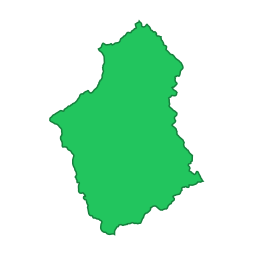 Sihuas, Áncash, Peru, rotated 184°
{"feature_id": "86281439B22456830614745", "entity_name": "Sihuas", "entity_type": "district", "adm_level": 2, "iso_a3": "PER", "parent_name": "Peru", "parent_adm1": "Áncash", "projection": "robinson", "projection_center": [-77.577, -8.497], "detail": "fine", "context": "isolated", "style": "filled", "palette": "green", "viewbox_px": 256, "rotation_deg": 184, "n_neighbors": 0, "source": "geoboundaries", "source_scale": "gbopen_adm2", "svg_char_len": 5767}
<svg xmlns="http://www.w3.org/2000/svg" viewBox="0 0 256 256"><g transform="rotate(184 128 128)"><path d="M77.8,193.7L79.5,196.6L80.3,197.3L80.9,197.6L81.9,198.7L83.4,199.5L85.1,200.6L86.2,201.7L86.9,202.7L88.6,204.2L90.3,204.4L91.0,204.7L93.4,207.1L95.6,208.8L95.4,209.7L95.2,211.1L95.3,212.0L96.1,212.7L97.3,213.0L98.5,213.7L98.4,214.7L98.5,215.1L100.0,217.5L100.7,217.9L101.4,220.2L101.4,221.3L102.5,221.4L103.7,221.9L105.2,221.7L105.7,222.2L106.4,223.1L106.1,223.8L106.5,224.7L107.5,225.7L108.2,225.8L109.3,225.6L110.2,226.3L110.7,226.9L111.5,227.0L111.9,227.2L112.9,229.3L113.9,230.6L115.0,231.4L116.2,232.7L116.4,232.7L116.7,232.4L117.1,231.9L117.4,231.1L118.3,230.3L119.5,229.8L121.1,230.2L121.5,230.9L121.7,232.6L122.2,233.5L122.5,233.9L123.7,234.7L124.3,235.4L124.5,234.5L125.0,234.0L125.9,233.8L126.8,232.9L127.9,232.2L127.6,230.8L126.7,228.7L126.7,228.4L128.6,227.3L129.1,226.4L131.0,225.0L131.8,223.4L133.1,223.2L134.3,223.4L135.4,223.1L137.2,220.1L137.5,219.8L138.3,219.5L139.0,218.9L139.2,218.3L139.9,217.8L141.5,216.4L142.1,214.0L142.8,213.0L143.9,212.4L146.7,211.8L148.1,210.5L149.6,209.8L150.5,210.8L150.8,210.9L152.1,210.0L155.7,209.4L157.3,210.1L158.2,210.7L158.8,210.8L159.2,210.4L159.9,208.7L160.3,206.8L161.6,205.6L163.0,204.8L162.7,204.2L161.9,203.1L160.3,202.2L159.1,201.2L157.3,198.5L156.8,197.6L156.1,191.6L156.2,190.9L157.2,188.8L157.3,188.4L157.1,187.7L157.5,186.5L157.2,185.6L157.1,184.3L156.6,183.7L156.4,182.8L157.5,178.9L157.3,176.4L158.1,174.3L159.2,173.5L159.4,172.3L159.9,171.8L160.2,170.8L160.0,170.1L160.8,169.0L161.3,167.3L161.6,166.6L162.4,165.5L164.2,163.8L165.5,161.8L166.7,160.6L167.7,160.3L168.4,160.5L169.6,161.4L170.1,162.4L170.7,162.5L171.9,161.6L172.8,161.3L174.3,160.2L174.8,159.2L175.2,158.9L176.1,158.9L177.5,158.4L178.3,157.3L178.4,156.3L179.1,154.5L179.7,153.9L181.0,151.4L182.9,149.3L184.8,148.4L185.7,147.3L186.6,146.9L187.1,146.1L187.9,145.7L188.8,145.7L189.2,145.4L190.3,144.0L192.6,142.3L192.9,141.8L193.0,140.9L193.4,140.4L194.1,140.2L195.2,140.6L196.5,140.6L197.2,140.2L198.4,139.2L201.3,137.2L202.1,136.4L203.4,135.8L204.0,135.2L205.0,133.7L206.2,132.7L206.5,132.1L206.4,131.6L206.5,130.3L205.7,129.3L202.5,127.9L201.5,127.2L199.2,126.8L198.5,126.4L197.4,125.5L196.5,124.4L194.8,122.9L194.2,122.1L194.0,121.4L193.9,119.9L193.4,117.7L193.7,116.1L194.6,114.4L194.5,112.6L194.3,112.0L192.8,109.4L192.4,107.6L192.4,105.9L192.2,105.1L191.7,104.5L189.7,104.8L188.1,104.6L187.5,104.3L186.9,103.1L186.2,102.3L185.8,102.0L184.2,101.4L183.4,101.0L183.1,100.6L182.3,99.2L180.5,97.6L180.1,96.8L180.1,96.2L180.6,94.0L180.9,92.3L180.6,88.5L180.0,86.8L179.3,85.4L178.6,84.5L177.8,82.1L176.8,80.8L176.5,80.0L176.0,77.8L176.5,76.6L177.1,75.8L177.2,75.4L176.4,74.6L175.8,73.0L175.2,72.4L175.1,70.7L174.9,70.1L174.5,70.0L173.0,70.2L172.7,69.7L172.7,69.0L173.1,68.0L173.3,67.1L173.3,65.8L172.9,63.0L172.9,61.7L172.5,60.8L171.8,60.0L171.0,59.7L169.9,59.7L168.6,60.2L167.8,59.7L165.9,57.7L165.7,57.0L166.0,56.6L166.9,56.8L167.4,56.3L167.5,55.6L167.4,54.8L166.3,53.6L165.4,53.7L164.9,53.4L164.4,52.5L163.9,50.6L163.0,48.8L162.4,48.2L162.8,45.8L162.4,44.9L161.1,39.8L160.2,38.5L159.3,38.0L158.2,38.0L157.6,37.8L157.1,37.3L156.7,36.3L156.3,35.9L155.8,35.8L154.4,36.0L152.9,35.2L151.5,35.1L150.5,34.9L149.7,34.2L148.1,33.5L147.9,33.2L147.5,32.6L147.5,32.3L147.7,31.2L148.1,30.3L148.2,29.0L148.3,27.3L148.2,26.1L147.7,24.8L146.8,23.6L145.3,22.6L144.5,22.4L143.1,22.4L142.6,22.1L141.5,21.1L140.2,20.7L138.8,20.6L137.3,21.0L135.4,21.4L134.8,21.3L134.0,20.9L134.2,23.8L133.9,25.2L132.7,27.4L132.4,28.3L131.8,28.7L131.1,28.8L130.6,29.5L130.6,30.2L130.2,30.5L129.2,31.0L128.1,31.2L126.7,30.6L126.1,30.6L124.4,31.3L123.5,31.4L122.8,31.8L122.1,31.8L122.0,32.3L121.6,32.5L119.2,32.8L117.3,33.9L116.1,33.7L115.2,33.3L112.8,33.5L111.6,33.2L110.3,33.7L109.0,33.9L108.6,34.3L107.1,38.9L106.3,39.6L106.3,40.5L105.9,41.5L105.9,42.1L105.1,43.4L104.5,44.1L104.1,44.3L103.0,44.6L101.8,45.7L100.3,47.3L99.9,48.3L99.9,50.1L99.0,50.3L98.2,51.3L97.6,51.7L95.8,52.1L94.6,51.9L91.4,49.4L89.9,48.5L89.4,48.6L88.0,48.5L87.3,49.1L86.4,49.4L85.7,49.9L84.2,49.9L83.3,50.7L82.4,53.5L80.6,55.3L80.1,55.3L79.6,55.8L79.2,57.3L77.5,58.8L76.9,59.5L76.9,60.8L78.0,62.0L78.3,62.6L78.3,63.0L76.8,64.0L76.0,64.2L75.3,64.7L72.4,65.5L71.9,65.8L71.5,66.5L71.3,66.6L70.7,68.8L69.8,69.7L70.3,71.3L69.9,72.1L69.3,72.6L68.7,72.9L67.6,72.9L67.3,73.3L66.2,73.6L65.9,73.6L65.0,73.0L64.0,73.0L63.5,73.1L63.1,73.5L63.0,75.4L59.6,75.5L59.0,75.7L56.3,76.9L55.3,77.8L54.9,78.7L54.7,78.9L52.5,79.2L51.8,79.1L50.1,80.1L49.5,80.2L50.5,81.3L50.8,82.0L52.0,83.4L52.5,84.7L54.1,87.1L54.8,88.6L55.5,89.3L56.3,89.4L56.6,89.2L57.4,87.1L58.5,86.3L59.3,86.6L60.1,87.3L61.0,87.6L61.6,88.4L63.9,89.4L63.9,90.6L63.4,92.3L64.1,93.7L65.2,94.7L65.3,95.7L64.9,96.4L62.9,97.1L63.0,98.5L61.7,99.6L61.9,105.2L62.3,105.3L64.9,107.4L66.6,110.0L67.5,110.3L68.4,111.3L70.3,112.7L70.8,113.5L71.4,115.4L71.0,117.5L71.7,118.5L72.4,119.9L76.1,122.6L77.2,123.8L78.7,125.0L78.7,125.8L79.0,126.6L78.9,127.9L79.6,129.0L79.9,130.3L81.4,131.7L83.8,133.3L84.2,133.7L84.3,134.0L83.9,134.7L81.7,136.8L81.3,137.4L81.0,138.4L81.6,139.2L82.2,140.5L82.4,141.4L82.3,142.0L81.9,142.6L80.8,143.7L80.3,144.4L80.2,145.9L80.3,146.4L81.1,147.0L82.6,148.2L83.8,148.6L85.9,150.5L87.3,151.4L88.5,152.6L88.6,153.0L88.1,154.7L88.7,156.8L88.9,159.1L89.5,160.7L88.5,161.6L87.6,161.9L86.8,163.4L86.3,163.5L83.9,163.4L83.0,163.6L82.5,163.9L82.0,164.8L81.9,166.1L81.6,166.7L82.0,167.2L82.7,168.0L85.5,169.5L86.2,170.7L86.9,171.4L86.5,171.8L85.1,172.0L84.2,173.2L83.5,173.5L83.2,174.2L82.2,175.5L82.5,176.3L83.6,177.1L84.5,179.1L84.3,180.7L84.7,181.8L84.3,182.7L84.0,182.8L83.4,182.8L82.6,183.6L80.9,183.3L80.4,183.6L79.9,185.5L79.7,188.2L79.0,189.5L77.6,191.1L77.4,192.2L77.8,193.7Z" fill="#22c55e" stroke="#15803d" stroke-width="1.5"/></g></svg>